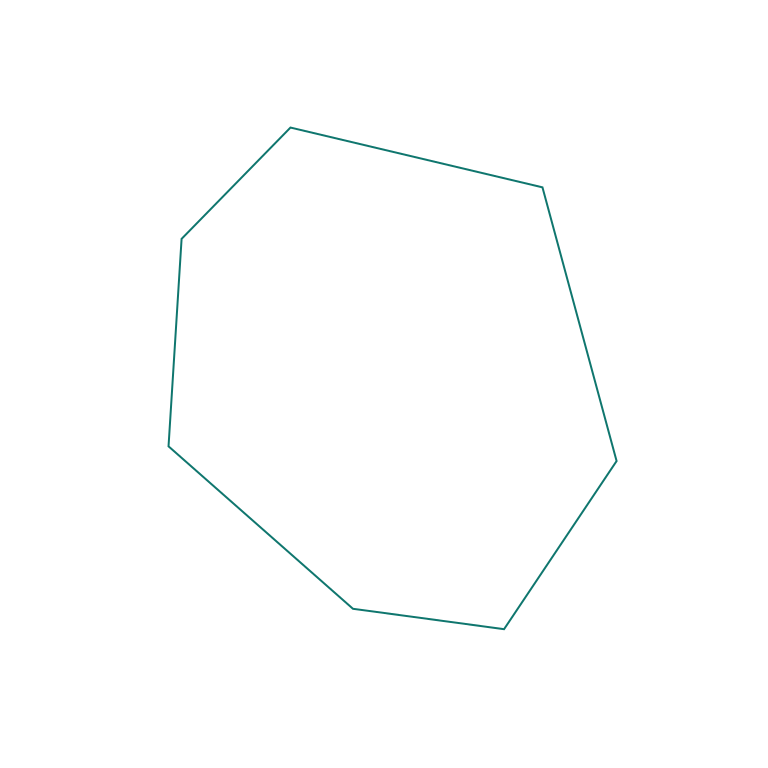 outline of Saba, rotated 157°
{"feature_id": "NLD-5147", "entity_name": "Saba", "entity_type": "Special Municipality", "adm_level": 1, "iso_a3": "NLD", "parent_name": "Netherlands", "parent_adm1": "", "projection": "orthographic", "projection_center": [-63.237, 17.631], "detail": "fine", "context": "isolated", "style": "outline", "palette": "teal", "viewbox_px": 768, "rotation_deg": 157, "n_neighbors": 0, "source": "natural_earth", "source_scale": "10m", "svg_char_len": 262}
<svg xmlns="http://www.w3.org/2000/svg" viewBox="0 0 768 768"><g transform="rotate(157 384 384)"><path d="M369.3,111.4L500.4,189.2L606.7,410.8L513.6,596.7L369.9,656.6L161.3,503.1L200.0,222.2L369.3,111.4Z" fill="none" stroke="#0f766e" stroke-width="2"/></g></svg>